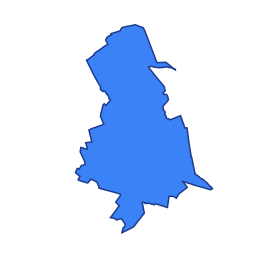 outline of Cefa, Bihor, Romania, rotated 70°
{"feature_id": "2599482B41773522941584", "entity_name": "Cefa", "entity_type": "district", "adm_level": 2, "iso_a3": "ROU", "parent_name": "Romania", "parent_adm1": "Bihor", "projection": "equal_earth", "projection_center": [21.696, 46.898], "detail": "fine", "context": "isolated", "style": "filled", "palette": "blue", "viewbox_px": 256, "rotation_deg": 70, "n_neighbors": 0, "source": "geoboundaries", "source_scale": "gbopen_adm2", "svg_char_len": 5582}
<svg xmlns="http://www.w3.org/2000/svg" viewBox="0 0 256 256"><g transform="rotate(70 128 128)"><path d="M224.4,169.5L224.0,166.4L223.8,164.2L223.3,160.6L223.1,158.6L222.8,157.1L222.7,156.5L222.6,156.3L221.0,153.6L220.7,153.3L213.6,141.8L203.0,140.1L202.7,139.7L203.2,138.9L204.1,137.5L204.8,137.7L205.0,137.1L205.9,134.0L207.7,131.8L208.3,130.3L208.5,130.2L208.8,130.2L209.1,129.5L209.1,129.3L208.8,129.1L208.7,128.6L208.7,128.4L208.7,128.2L209.6,126.7L213.1,122.2L214.0,120.9L215.9,118.5L216.2,118.1L215.6,117.8L214.1,117.0L213.5,116.7L211.1,115.4L208.6,114.1L206.2,112.9L206.5,112.2L207.0,110.6L207.4,109.6L207.7,108.9L208.0,108.5L208.7,108.0L210.2,106.8L210.5,106.6L207.5,103.1L206.3,99.5L204.1,92.6L197.1,94.7L202.4,87.5L203.6,86.2L204.1,85.6L205.0,84.3L205.6,83.6L206.4,82.3L207.8,80.4L208.7,79.2L209.7,77.7L211.8,74.9L212.6,73.8L214.3,71.6L214.1,71.3L214.0,70.9L213.9,70.6L213.9,70.3L213.9,70.0L213.9,69.8L214.0,69.6L214.0,69.4L213.9,69.3L213.6,69.4L212.4,69.8L212.2,69.9L210.8,70.6L209.9,71.2L209.1,71.6L207.2,72.2L206.3,72.6L205.7,73.0L202.8,74.7L201.0,75.8L200.8,76.6L200.7,76.7L200.3,76.9L199.6,77.2L198.5,77.7L197.9,78.0L195.9,79.4L194.4,80.5L194.1,80.6L192.5,80.4L190.3,80.1L186.2,79.5L183.8,79.2L182.1,78.9L180.4,78.6L178.8,78.4L176.7,78.2L176.7,78.5L176.5,78.4L159.9,75.2L154.6,73.9L154.2,73.9L148.7,72.6L147.9,72.6L147.5,74.6L146.7,74.5L146.3,74.6L143.8,74.4L140.5,74.5L137.7,74.4L134.4,74.4L134.5,78.5L134.7,82.7L134.8,85.3L134.6,85.3L132.7,87.6L132.3,88.1L132.1,88.2L132.0,88.3L131.5,88.4L131.1,88.4L130.9,88.4L129.9,88.2L129.6,88.2L129.3,88.3L129.0,88.5L128.6,88.7L128.1,88.8L127.8,88.9L127.6,88.9L127.4,88.8L127.2,88.5L127.0,88.2L126.8,88.0L126.6,87.8L126.1,87.8L125.8,87.8L125.5,87.8L124.6,87.7L124.4,87.9L124.1,88.2L123.9,88.3L122.9,88.6L122.7,88.6L122.3,88.4L122.0,88.2L121.8,88.1L121.6,88.0L121.1,88.1L119.7,88.3L119.5,87.7L118.4,85.7L116.5,82.0L115.6,80.9L115.2,80.3L114.2,80.2L111.1,79.9L110.9,79.9L110.5,80.1L109.4,80.6L109.3,80.8L109.2,81.2L108.9,81.9L108.8,82.2L108.5,82.8L108.3,83.2L108.2,83.2L107.7,83.0L107.0,82.7L106.8,82.6L106.4,81.7L105.7,80.2L105.0,80.2L103.9,80.2L103.4,80.2L101.8,79.7L90.9,83.6L85.5,85.5L84.8,85.6L84.0,85.9L80.8,87.0L80.7,87.0L79.3,87.5L77.8,88.0L77.5,86.9L77.6,86.7L77.7,86.4L78.1,85.4L79.0,83.4L79.2,83.0L79.7,82.5L79.9,82.2L80.5,81.1L81.2,79.8L81.6,79.0L82.0,77.9L82.5,76.3L82.9,75.2L83.1,74.1L83.4,72.1L84.2,70.0L85.6,68.1L86.1,66.9L86.4,66.4L86.5,66.2L87.1,65.8L87.6,65.4L88.9,64.2L89.2,63.9L89.6,63.6L89.1,63.4L88.9,63.7L88.3,64.3L87.1,65.2L85.3,66.3L84.8,66.6L83.4,67.4L79.1,70.0L78.5,72.2L77.8,74.4L77.2,76.3L76.5,78.4L73.9,78.5L72.9,78.6L69.4,78.5L66.0,78.6L55.6,78.8L53.3,78.8L51.2,78.8L46.4,78.9L44.1,79.0L43.1,78.9L41.4,79.0L41.2,79.1L39.3,79.4L39.0,79.5L38.8,79.6L37.6,81.0L36.2,82.7L34.6,84.5L33.4,86.1L33.3,86.6L33.1,88.6L32.8,90.8L32.2,93.5L32.0,95.9L31.8,97.4L31.7,97.8L31.6,98.8L31.7,99.1L31.7,99.4L31.9,99.8L32.0,100.0L32.4,100.5L32.7,100.8L33.0,101.2L33.7,101.8L33.9,102.0L34.0,102.2L33.9,103.5L33.9,104.8L33.8,106.1L33.8,106.8L33.7,108.3L33.6,111.9L35.1,111.7L35.0,112.6L35.0,113.4L35.0,114.6L35.3,115.7L36.0,117.2L37.7,118.9L40.7,118.6L42.5,118.4L42.9,120.3L42.9,121.1L43.0,121.8L43.4,123.1L43.7,124.0L44.4,126.4L44.9,128.0L45.1,128.9L45.6,131.3L45.8,132.2L46.0,132.7L46.0,132.9L46.3,133.4L46.4,133.7L47.1,134.9L47.7,134.9L48.0,135.9L48.2,136.4L48.7,138.3L49.2,139.9L49.6,141.0L50.1,143.8L63.2,142.4L66.5,142.0L70.4,141.4L72.9,141.0L75.0,140.6L77.0,140.3L77.9,140.1L79.3,139.7L79.8,139.8L80.6,140.0L82.3,140.7L82.5,140.7L82.9,140.5L83.2,140.3L83.7,139.9L84.0,139.7L84.5,139.6L84.9,139.5L85.0,139.3L85.1,139.1L85.1,138.7L85.0,138.4L85.0,138.1L85.1,137.8L85.3,137.5L85.5,137.2L86.0,137.0L87.5,136.9L87.8,136.8L88.0,136.7L88.4,136.3L88.7,136.1L89.0,136.3L91.2,135.6L91.9,135.5L92.6,135.5L93.1,135.6L93.4,135.8L93.8,135.9L94.1,135.8L94.4,135.7L94.6,135.4L94.9,135.2L95.2,135.1L95.8,134.8L96.1,135.3L96.9,136.9L98.3,139.3L99.3,141.0L98.9,141.2L97.4,141.9L97.1,142.0L97.3,142.5L97.4,143.0L97.6,143.4L97.8,143.5L99.8,144.8L103.9,147.7L106.3,149.2L107.6,149.9L116.0,149.4L116.1,149.9L116.4,151.8L116.3,153.4L116.3,154.8L116.3,156.1L116.3,157.7L116.3,159.0L116.1,160.8L116.2,161.7L116.3,163.3L116.5,165.4L128.8,166.8L128.3,168.6L127.8,170.7L127.5,172.1L127.3,172.8L130.1,173.0L132.2,173.1L133.6,173.5L133.9,173.6L133.8,173.9L133.6,174.2L130.1,178.9L134.0,181.1L135.3,181.0L138.7,180.6L141.6,180.4L142.8,180.3L144.4,180.2L146.0,180.4L147.1,180.5L147.6,180.6L147.4,184.8L149.9,187.9L148.6,189.4L148.6,189.5L149.8,190.6L152.0,192.6L153.7,191.6L157.1,189.7L157.6,190.4L157.9,190.9L158.2,191.1L158.8,191.6L159.0,191.8L159.2,192.2L159.3,192.4L159.9,192.5L160.0,192.4L161.3,190.9L162.1,190.0L162.7,189.1L165.9,184.7L165.4,183.7L164.2,181.7L163.4,180.4L164.2,179.5L166.0,177.7L166.8,177.0L168.0,175.9L168.3,175.8L168.7,175.7L169.5,175.7L170.6,175.6L171.5,175.6L172.3,175.5L173.1,175.6L174.7,175.7L175.4,174.7L175.7,174.4L176.2,173.8L176.2,173.6L176.3,173.5L180.8,167.1L182.6,164.4L187.3,157.9L187.6,158.0L187.9,158.1L188.5,158.1L188.8,158.1L193.4,164.9L197.2,163.2L198.0,162.8L198.8,164.1L199.4,165.1L200.1,166.0L201.0,167.2L206.2,175.2L206.7,174.4L207.1,173.6L207.5,172.8L207.8,172.2L208.0,172.0L208.2,171.9L209.5,171.0L210.0,170.6L210.3,170.4L210.5,170.1L210.6,169.9L210.5,168.8L210.4,167.6L210.5,167.4L211.3,165.3L211.5,165.0L211.8,164.9L212.8,164.7L216.4,163.8L216.6,163.7L217.9,163.9L218.3,164.0L218.7,164.3L219.0,164.6L219.3,165.0L219.6,165.4L219.8,166.0L220.1,166.5L220.5,166.9L221.4,167.6L222.6,168.3L223.2,168.8L223.9,169.3L224.1,169.4L224.4,169.5Z" fill="#3b82f6" stroke="#1e3a8a" stroke-width="1.5"/></g></svg>